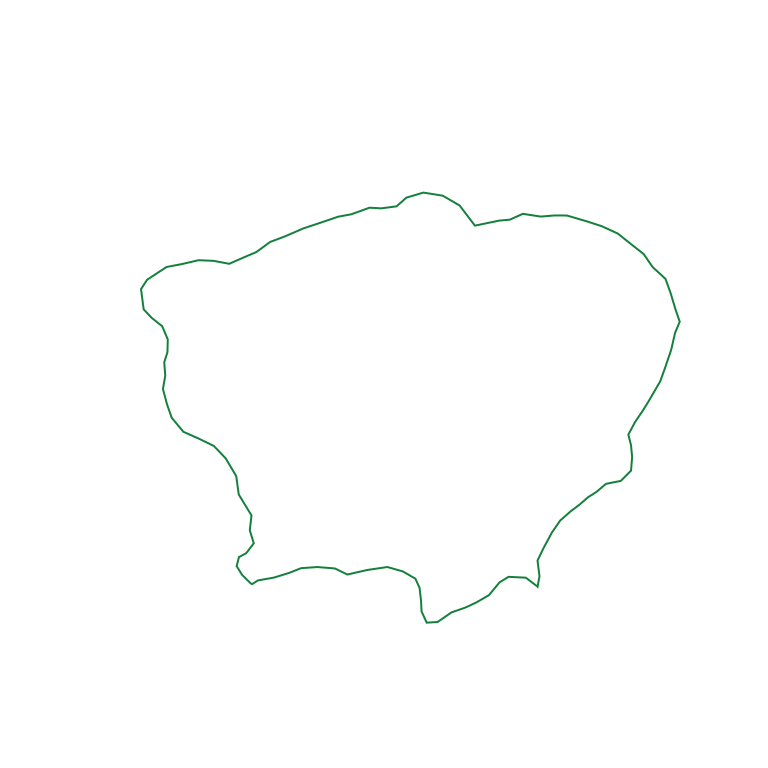 outline of Shahbuz District, Şahbuz, Azerbaijan, rotated 26°
{"feature_id": "54616110B68105682916253", "entity_name": "Shahbuz District", "entity_type": "district", "adm_level": 2, "iso_a3": "AZE", "parent_name": "Azerbaijan", "parent_adm1": "Şahbuz", "projection": "orthographic", "projection_center": [45.639, 39.439], "detail": "fine", "context": "isolated", "style": "outline", "palette": "green", "viewbox_px": 768, "rotation_deg": 26, "n_neighbors": 0, "source": "geoboundaries", "source_scale": "gbopen_adm2", "svg_char_len": 1533}
<svg xmlns="http://www.w3.org/2000/svg" viewBox="0 0 768 768"><g transform="rotate(26 384 384)"><path d="M610.9,498.9L608.0,488.6L599.4,475.4L599.3,462.1L600.0,444.1L602.2,429.5L607.4,417.0L612.6,406.7L617.1,396.2L622.3,387.8L627.3,376.4L639.3,367.3L644.0,353.6L639.0,340.8L632.9,330.8L625.8,322.4L626.3,308.5L628.3,294.2L629.4,283.5L631.1,260.6L629.6,246.7L627.1,227.2L623.2,210.5L622.5,198.4L613.6,189.5L601.9,176.8L590.9,166.1L574.3,161.2L560.5,153.4L542.4,149.5L528.3,146.3L510.6,146.7L495.7,148.8L474.5,152.4L463.5,157.7L451.5,164.8L434.2,170.2L425.0,181.2L416.1,186.5L396.3,201.8L373.7,190.4L354.2,189.0L335.5,194.7L322.4,206.7L317.4,218.8L304.6,227.3L293.7,231.9L280.2,245.8L269.6,253.6L255.7,267.4L243.3,279.5L230.2,294.8L222.1,303.4L219.5,306.1L211.4,321.4L202.8,331.3L192.2,343.8L176.9,348.0L163.1,354.0L149.9,364.7L137.2,374.2L125.4,394.1L124.0,405.2L135.3,422.3L146.2,426.4L159.3,429.3L170.1,438.7L175.4,450.3L177.0,460.9L183.8,472.5L187.5,485.4L197.8,497.3L208.0,507.4L224.6,514.9L240.8,514.3L258.3,514.3L274.5,520.3L274.7,520.5L291.6,531.6L301.9,547.0L322.5,560.2L327.5,574.3L336.8,584.3L334.3,596.5L329.5,603.1L331.4,612.3L340.0,617.7L351.4,621.6L353.2,621.7L356.8,615.8L370.0,606.2L381.7,595.2L390.2,585.9L404.4,577.7L420.8,571.3L434.6,571.3L450.6,558.4L467.3,547.0L483.2,544.2L497.5,545.2L505.3,551.6L512.4,562.7L517.4,571.9L527.0,579.8L536.5,574.4L544.7,559.8L555.3,549.1L562.8,539.8L570.9,527.7L574.8,511.6L580.5,502.7L596.4,495.9L610.3,498.7L610.9,498.9Z" fill="none" stroke="#15803d" stroke-width="2"/></g></svg>